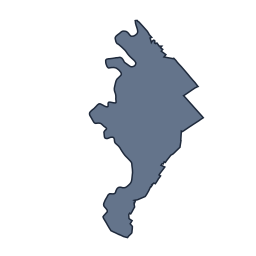 Briseñas, Michoacán, Mexico, rotated 302°
{"feature_id": "50627088B59438418700927", "entity_name": "Briseñas", "entity_type": "district", "adm_level": 2, "iso_a3": "MEX", "parent_name": "Mexico", "parent_adm1": "Michoacán", "projection": "equal_earth", "projection_center": [-102.591, 20.243], "detail": "fine", "context": "isolated", "style": "filled", "palette": "slate", "viewbox_px": 256, "rotation_deg": 302, "n_neighbors": 0, "source": "geoboundaries", "source_scale": "gbopen_adm2", "svg_char_len": 5823}
<svg xmlns="http://www.w3.org/2000/svg" viewBox="0 0 256 256"><g transform="rotate(302 128 128)"><path d="M119.4,88.0L118.9,88.5L118.4,89.1L117.9,90.1L115.7,94.2L114.9,95.7L114.6,96.7L114.6,97.1L114.6,97.6L114.8,98.1L115.1,98.5L115.9,99.5L116.5,100.3L116.8,100.9L117.1,101.5L117.3,102.1L117.4,103.1L117.4,103.5L117.2,104.2L116.9,105.9L116.7,106.7L116.6,108.8L116.5,109.2L116.4,109.6L116.2,110.0L115.8,110.2L115.3,110.3L114.7,110.1L114.2,109.9L113.7,109.8L112.7,109.7L112.2,109.7L111.8,109.8L111.4,110.0L110.7,110.6L109.6,111.4L108.0,112.7L107.6,113.2L107.5,113.4L107.4,113.7L107.3,114.0L107.4,114.6L107.6,115.1L107.9,115.8L108.5,116.4L109.7,117.3L110.3,117.7L110.9,118.2L111.6,119.1L111.9,119.6L112.1,120.0L112.2,120.5L112.1,120.9L112.0,121.4L111.7,121.8L111.4,122.2L111.0,122.5L110.6,122.9L110.2,123.1L109.8,123.4L109.5,123.8L109.1,124.1L108.9,124.5L108.7,124.7L108.5,125.2L108.4,125.5L108.3,125.9L108.2,126.7L108.0,127.7L107.8,129.0L107.5,130.1L107.3,130.6L107.1,131.3L106.3,132.8L105.2,135.0L104.0,137.7L103.2,139.8L102.8,141.2L102.4,143.0L101.4,146.9L101.1,148.0L100.7,148.9L100.3,149.6L99.9,150.0L97.9,151.5L95.7,153.3L94.6,154.1L93.6,154.8L92.4,155.6L90.9,156.3L89.5,157.0L86.6,158.4L85.6,158.8L84.4,159.2L83.7,159.3L82.9,159.3L82.1,159.3L81.1,159.1L79.2,158.6L77.4,158.0L76.0,157.2L75.5,156.6L75.0,155.9L74.6,155.3L74.3,154.4L74.1,153.7L73.8,153.0L73.4,152.4L72.8,151.7L72.4,151.4L71.9,151.2L71.4,151.0L70.9,150.9L70.1,150.9L69.1,151.0L68.3,151.1L67.6,151.3L66.8,151.5L66.2,151.5L65.7,151.5L65.3,151.3L64.9,151.0L64.5,150.6L64.2,150.2L63.9,149.7L63.6,149.2L63.3,148.6L63.0,148.1L62.7,147.5L62.3,147.2L61.9,147.0L61.5,146.8L61.1,146.7L60.6,146.6L60.0,146.6L59.3,146.7L56.7,146.8L55.4,146.8L53.8,147.0L52.0,147.3L51.4,147.4L50.8,147.6L50.3,147.8L49.8,148.2L49.4,148.5L49.2,148.7L49.0,149.1L48.6,150.1L48.2,151.5L47.9,152.4L47.6,153.1L47.4,153.7L47.0,154.1L46.6,154.4L45.9,154.8L45.3,154.7L44.1,154.5L40.6,153.9L39.4,153.9L38.4,155.2L36.0,160.0L35.2,161.4L33.0,165.6L32.0,167.8L31.9,167.9L32.2,171.0L32.4,172.3L32.9,177.1L33.1,177.1L33.6,181.8L34.8,185.7L36.6,185.8L39.4,186.5L41.0,186.8L41.8,186.5L43.4,185.7L44.7,185.1L46.5,184.1L46.9,183.8L47.3,182.6L47.6,181.4L47.9,180.6L49.4,180.6L51.6,180.6L51.6,178.5L51.7,176.9L54.8,174.6L56.4,174.5L56.6,174.5L56.6,175.8L58.8,175.8L63.4,175.5L64.5,175.5L65.6,174.5L67.0,173.3L67.8,172.9L67.8,173.3L70.1,172.9L70.0,171.7L70.2,171.9L72.2,174.1L78.9,178.8L79.3,178.9L81.6,179.0L85.9,178.8L88.3,178.5L90.3,178.3L90.4,178.8L92.7,178.8L92.7,178.3L95.0,179.1L95.2,180.7L97.5,180.8L99.8,180.8L101.3,180.7L102.2,180.9L104.6,181.0L104.5,179.4L104.9,179.1L106.7,179.2L114.4,179.9L113.9,175.7L115.9,175.9L116.2,176.9L118.5,176.6L118.6,177.9L120.8,178.0L125.3,178.5L127.6,178.7L130.0,180.0L139.3,182.3L139.8,182.0L145.4,179.6L145.6,179.5L145.6,179.2L146.4,178.8L146.7,178.6L146.8,178.6L152.3,175.6L153.6,174.9L153.6,175.9L153.7,176.0L155.8,177.0L162.4,179.9L163.4,180.4L165.2,181.2L171.8,184.3L172.8,184.7L174.7,185.5L176.6,186.4L177.4,183.9L179.3,177.3L180.7,172.5L181.4,170.2L182.0,168.0L184.1,160.9L184.9,158.0L185.6,158.4L193.9,162.0L197.7,163.7L198.4,164.2L199.9,165.1L200.1,165.2L200.3,165.4L200.5,164.8L202.0,160.8L203.1,156.9L203.2,156.7L204.2,153.4L205.0,151.1L205.8,148.6L206.6,146.1L208.2,140.9L209.1,137.5L209.8,135.1L210.7,132.7L211.4,129.9L210.8,129.7L207.3,120.9L210.3,121.3L210.8,115.5L213.1,115.8L213.3,113.0L215.3,113.3L214.1,111.3L213.9,111.2L215.4,107.5L214.2,106.7L214.1,106.2L214.2,105.5L214.6,105.6L216.1,104.5L216.3,104.2L216.0,103.1L214.9,102.8L214.8,102.6L214.7,102.5L212.9,102.5L213.1,102.3L216.0,99.0L217.4,100.1L218.5,96.3L219.0,95.7L220.3,93.0L221.3,89.6L222.0,87.2L223.7,81.1L223.7,80.6L223.5,79.8L224.0,79.3L224.1,78.8L223.2,77.5L222.9,77.2L222.1,77.9L220.9,78.8L220.1,79.7L219.4,80.4L218.5,81.5L217.3,82.9L216.4,83.9L215.6,84.6L214.8,85.2L214.1,85.5L213.4,85.6L212.4,85.6L211.5,85.3L210.7,85.1L209.4,84.3L208.9,84.0L208.4,83.4L207.9,82.7L207.6,82.2L207.5,81.6L207.6,81.0L207.9,79.8L208.6,78.1L208.7,77.5L208.9,76.6L208.9,76.0L208.9,75.3L208.7,74.7L208.4,74.0L207.9,73.0L207.5,72.5L207.1,72.0L206.6,71.7L205.8,71.3L203.8,70.7L201.8,69.9L200.0,69.3L199.4,69.2L198.3,69.2L197.9,69.3L197.4,69.5L196.8,70.0L196.1,70.7L195.4,71.4L194.8,72.0L194.4,72.7L193.9,73.7L193.8,74.3L193.9,75.3L193.8,76.6L193.6,77.9L193.3,79.8L192.3,84.5L191.6,86.3L190.7,88.3L190.0,90.4L189.5,92.4L189.1,94.4L188.7,96.7L188.4,98.1L188.1,98.8L187.7,99.5L187.4,100.1L186.5,100.6L185.8,100.7L184.7,100.8L183.9,100.5L182.9,99.8L182.4,99.4L181.6,98.3L181.4,97.4L181.4,96.2L181.7,92.3L181.7,91.5L181.8,90.6L182.0,89.8L182.2,89.4L182.8,88.5L183.4,87.3L183.7,86.4L183.9,85.9L183.9,85.2L183.9,84.5L183.7,83.9L183.5,83.5L182.1,81.9L181.7,81.3L181.2,80.6L180.6,80.0L178.6,77.7L177.9,76.8L177.3,76.1L176.8,75.4L176.3,74.7L175.9,74.3L175.5,73.9L175.1,73.5L174.7,73.3L174.3,73.2L174.0,73.2L173.4,73.3L171.8,74.4L170.8,75.3L169.4,77.1L169.0,77.8L168.7,78.7L168.6,79.1L168.6,79.6L168.8,80.0L170.3,81.7L171.2,83.0L171.9,84.1L172.2,85.0L172.5,85.9L172.6,86.7L172.5,88.0L172.4,89.1L172.2,90.1L171.8,91.3L171.5,92.2L171.0,93.0L170.3,93.7L169.6,94.0L168.8,94.0L167.8,93.8L165.0,93.1L163.9,92.8L163.1,92.8L162.2,92.8L161.3,93.0L160.2,93.3L156.1,94.7L155.3,95.0L154.5,95.3L153.7,95.8L153.0,96.3L152.2,97.0L151.3,98.1L150.6,99.0L149.8,99.8L149.0,100.5L147.7,101.4L146.6,102.0L145.7,102.6L144.9,103.3L144.0,103.9L143.5,104.2L143.1,104.3L142.8,104.2L142.3,103.5L141.9,102.8L141.0,100.5L140.5,99.2L140.0,98.4L139.6,98.0L139.1,97.9L138.5,98.0L137.9,98.3L137.0,99.0L136.1,99.4L135.7,99.6L135.3,99.5L134.9,99.1L134.5,98.4L134.3,97.4L134.1,96.3L134.1,95.1L133.9,92.6L133.8,91.8L133.5,91.2L133.2,90.7L132.8,90.4L132.2,90.2L131.5,89.9L128.9,89.4L127.6,89.1L126.6,88.9L125.7,88.6L124.5,88.1L123.2,87.8L122.2,87.5L121.4,87.4L120.7,87.4L120.1,87.6L119.4,88.0Z" fill="#64748b" stroke="#1e293b" stroke-width="1.5"/></g></svg>